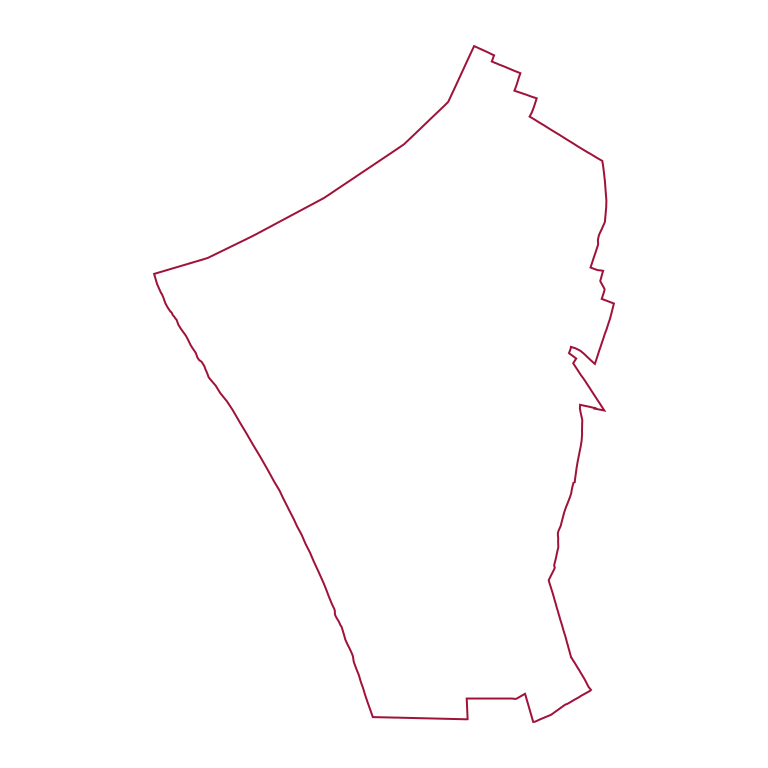 the district of Ciudad Madero, Tamaulipas, Mexico, rotated 180°
{"feature_id": "50627088B64715613220585", "entity_name": "Ciudad Madero", "entity_type": "district", "adm_level": 2, "iso_a3": "MEX", "parent_name": "Mexico", "parent_adm1": "Tamaulipas", "projection": "robinson", "projection_center": [-97.839, 22.278], "detail": "fine", "context": "isolated", "style": "outline", "palette": "rose", "viewbox_px": 768, "rotation_deg": 180, "n_neighbors": 0, "source": "geoboundaries", "source_scale": "gbopen_adm2", "svg_char_len": 4764}
<svg xmlns="http://www.w3.org/2000/svg" viewBox="0 0 768 768"><g transform="rotate(180 384 384)"><path d="M293.9,721.9L299.7,709.5L311.9,683.0L319.8,666.1L325.2,660.8L338.1,648.5L351.5,635.6L364.0,623.7L377.6,614.5L443.9,570.1L512.4,533.5L516.9,531.2L546.2,516.9L560.4,510.0L563.3,509.1L607.8,495.9L613.9,494.1L610.8,483.6L606.8,474.7L606.2,474.1L604.7,470.6L603.6,467.5L602.5,464.5L600.4,460.6L597.9,456.9L597.5,456.3L597.2,456.3L596.3,455.3L595.2,452.9L593.6,451.1L592.6,449.5L591.5,448.4L589.6,443.2L587.2,439.3L584.5,435.6L582.7,433.1L581.6,431.4L579.4,427.1L577.5,423.1L575.2,419.4L573.6,417.2L572.1,414.8L570.6,410.5L568.9,408.0L566.3,406.1L563.7,401.9L562.5,398.6L560.7,394.5L559.4,390.8L556.5,387.2L552.4,382.5L547.8,375.0L541.0,366.6L535.4,358.1L528.0,345.3L521.6,334.7L515.2,323.6L508.2,312.0L500.3,298.2L493.9,286.5L488.5,277.5L485.0,270.1L483.5,267.1L478.5,257.2L474.2,248.8L470.9,241.6L466.4,233.3L462.4,224.0L457.9,215.2L455.8,210.2L454.4,206.9L449.4,196.1L444.3,184.7L442.0,179.0L439.3,171.8L436.6,165.2L435.0,161.6L433.9,159.5L433.3,157.8L433.1,156.1L433.1,153.8L432.7,152.6L431.5,150.2L429.2,146.5L427.7,143.1L426.5,141.3L425.3,137.6L424.0,133.2L422.7,128.5L420.7,124.0L418.1,118.9L415.9,114.0L415.4,112.6L414.9,110.9L414.6,108.2L414.1,105.7L411.5,98.7L409.1,92.8L407.6,87.5L407.0,85.6L405.0,80.1L403.7,75.8L403.2,74.0L400.5,66.0L397.4,57.3L395.2,50.9L376.7,50.5L373.8,50.4L370.9,50.4L367.8,50.3L301.5,48.7L300.4,48.8L300.9,60.9L301.3,69.5L255.9,69.5L254.1,69.2L252.7,69.1L251.5,69.3L243.0,74.2L242.5,72.8L241.6,69.5L240.5,65.8L239.8,63.4L234.8,46.1L233.3,46.2L231.4,47.0L228.5,48.4L217.0,53.2L216.6,53.4L216.4,53.6L205.7,61.3L202.7,63.4L200.5,64.2L197.9,65.7L195.2,67.3L192.6,68.8L189.9,70.3L188.2,71.3L187.3,72.0L178.9,76.6L177.7,77.4L177.0,78.1L178.7,80.2L179.3,80.8L180.8,83.7L182.3,86.7L184.0,89.8L185.0,91.5L185.7,92.6L186.6,94.1L187.4,95.4L188.3,96.9L188.6,97.5L190.0,99.8L190.2,100.0L191.6,102.3L191.8,102.7L193.4,105.3L194.0,106.2L195.3,108.2L196.4,110.2L196.8,110.4L197.9,114.4L198.7,117.3L199.1,118.7L199.6,120.5L200.3,123.2L200.5,123.7L201.4,126.9L201.5,127.5L202.3,130.4L202.7,131.9L203.5,134.3L204.1,136.3L204.5,137.5L205.4,140.7L205.6,141.6L206.7,145.1L206.8,145.5L208.0,149.2L208.1,149.7L208.8,152.2L209.1,153.1L210.0,156.4L211.1,160.0L211.8,162.4L212.0,163.4L213.0,166.6L215.2,174.5L216.9,179.8L217.0,180.2L218.1,183.7L218.8,185.9L218.8,186.1L219.3,187.8L217.3,191.9L213.9,198.6L213.2,200.3L213.9,202.8L213.7,203.4L212.7,207.3L211.9,210.6L211.8,211.2L210.8,216.1L209.9,219.7L209.7,221.1L209.9,226.5L209.8,229.9L210.1,232.7L210.1,235.2L209.4,237.4L207.3,242.1L206.4,245.7L203.9,255.3L202.0,260.9L200.9,263.5L197.8,271.5L197.6,272.3L196.9,274.2L195.9,280.0L195.3,282.3L194.6,285.1L194.2,285.3L193.2,285.9L193.0,288.9L192.8,289.9L192.2,294.2L191.4,300.1L190.4,306.1L187.7,319.7L187.5,320.5L187.2,321.9L187.0,323.6L186.4,327.0L186.2,330.0L185.9,333.8L186.0,337.1L185.8,345.4L185.7,347.1L185.8,348.2L186.0,349.2L186.7,352.5L187.2,354.6L187.3,355.1L187.8,357.9L188.1,359.2L188.1,360.2L188.0,361.4L187.9,362.9L187.9,363.2L183.3,362.2L178.0,361.1L175.7,360.5L173.0,360.0L173.4,359.4L163.7,357.5L167.5,363.4L172.3,370.7L177.3,378.4L177.3,378.5L177.5,378.8L181.9,385.5L182.1,385.9L184.5,389.4L187.1,392.9L189.3,396.3L194.8,404.7L191.8,409.5L195.3,412.1L199.0,414.8L197.3,419.5L197.1,421.1L193.0,419.9L192.5,419.7L192.1,419.5L188.1,417.5L187.9,417.4L184.3,414.5L177.3,407.8L173.5,404.4L173.1,404.1L169.8,414.1L169.3,415.8L168.5,418.2L167.4,421.3L165.4,427.4L164.6,429.7L163.1,434.3L161.3,439.1L159.8,443.9L159.7,444.2L158.3,448.3L158.0,449.3L156.7,454.1L156.5,454.9L154.1,464.5L163.1,467.9L166.3,469.1L164.7,473.9L163.5,477.8L163.5,479.1L167.3,486.0L167.6,486.5L167.7,487.2L166.2,492.6L164.9,497.2L167.6,497.6L170.5,497.9L172.4,498.6L174.9,499.5L177.5,500.5L175.8,505.5L174.3,510.2L172.6,515.1L170.9,520.3L170.3,522.1L169.9,523.5L169.9,524.2L169.9,525.4L170.1,526.9L170.0,528.5L169.9,529.0L169.3,531.9L168.5,534.2L167.1,537.1L166.4,538.6L166.3,538.8L164.5,542.9L164.0,543.9L163.1,546.1L162.6,551.7L161.8,560.8L161.6,567.4L162.6,580.2L163.1,586.9L163.8,593.2L164.5,599.1L165.0,602.9L165.1,603.5L165.5,605.8L165.7,607.1L169.2,609.1L169.6,609.3L171.3,610.3L171.8,610.6L177.2,613.9L178.7,614.8L179.6,615.2L190.2,621.6L194.7,624.5L199.1,627.2L203.9,630.2L208.8,633.3L213.8,636.3L219.0,639.5L223.7,642.5L228.6,645.4L233.5,648.5L238.4,651.4L236.3,655.3L234.2,660.7L232.7,665.3L231.3,669.7L236.6,671.4L242.0,673.4L247.4,675.2L253.6,677.3L251.9,681.7L250.6,685.7L249.2,690.3L247.6,694.8L253.7,697.2L258.9,699.4L264.3,701.7L266.7,702.6L268.6,703.3L270.8,704.3L273.1,705.2L276.2,706.5L274.5,711.2L273.9,712.7L274.4,712.9L275.2,713.2L275.4,713.3L278.4,714.8L281.0,716.1L282.2,716.6L293.9,721.9Z" fill="none" stroke="#9f1239" stroke-width="2"/></g></svg>